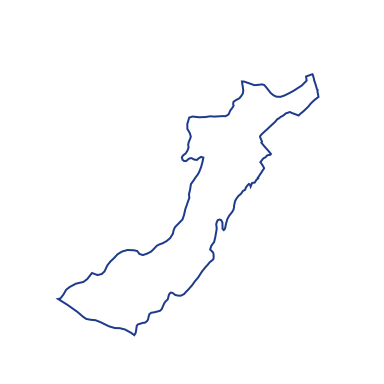 the district of Jayyl, Chuy, Kyrgyzstan, rotated 32°
{"feature_id": "92254566B24091049368111", "entity_name": "Jayyl", "entity_type": "district", "adm_level": 2, "iso_a3": "KGZ", "parent_name": "Kyrgyzstan", "parent_adm1": "Chuy", "projection": "orthographic", "projection_center": [73.886, 42.775], "detail": "fine", "context": "isolated", "style": "outline", "palette": "blue", "viewbox_px": 384, "rotation_deg": 32, "n_neighbors": 0, "source": "geoboundaries", "source_scale": "gbopen_adm2", "svg_char_len": 3436}
<svg xmlns="http://www.w3.org/2000/svg" viewBox="0 0 384 384"><g transform="rotate(32 192 192)"><path d="M218.9,344.0L218.9,341.4L217.9,338.9L216.1,334.9L216.2,333.1L218.0,331.0L219.6,329.1L221.4,327.7L222.3,325.2L222.3,323.4L221.4,321.1L220.6,318.2L221.4,316.0L223.0,314.7L225.5,312.2L227.8,309.7L228.4,307.5L227.9,304.2L227.5,301.4L227.5,299.2L228.3,295.9L227.8,294.2L226.8,291.2L227.1,288.8L228.0,288.2L229.6,287.9L232.5,288.2L235.4,287.1L237.5,285.8L239.4,282.7L239.8,279.9L240.6,276.5L241.6,270.2L241.7,266.8L242.5,261.3L242.6,254.1L243.3,248.2L243.8,245.9L244.3,241.9L245.3,239.4L245.7,237.5L244.9,235.8L243.3,233.4L241.9,232.1L237.8,231.1L236.9,227.4L237.1,224.2L237.3,222.8L235.5,217.5L234.2,214.4L232.7,210.6L231.3,208.5L229.7,206.7L229.0,204.6L228.7,202.4L230.0,200.7L231.7,200.4L234.0,201.8L235.3,203.8L237.5,207.1L239.1,207.5L239.4,206.4L239.0,204.3L238.2,202.4L237.6,200.6L236.7,197.6L236.3,196.1L236.1,192.3L236.6,188.1L236.6,185.3L235.8,182.8L234.8,181.0L234.3,179.5L233.3,176.6L233.2,174.2L233.5,170.5L234.4,168.1L234.6,166.1L234.6,164.2L235.8,162.1L235.8,161.4L235.3,159.6L235.6,156.8L236.0,155.0L237.2,154.9L237.7,155.3L238.8,156.3L238.2,152.4L240.2,150.8L240.2,147.5L240.9,145.4L240.2,145.0L240.4,144.0L240.4,141.2L240.5,139.0L240.5,135.8L240.6,133.7L240.3,133.4L237.2,131.7L234.2,130.5L234.6,126.1L235.0,125.1L235.9,123.7L236.4,121.0L238.7,118.9L238.8,117.9L235.2,116.7L229.4,115.0L224.7,113.4L224.7,112.2L220.8,109.5L220.2,108.7L220.4,106.4L221.3,103.1L222.0,100.6L222.6,98.7L223.3,95.8L224.1,92.9L225.3,88.4L225.6,86.0L225.9,84.6L226.5,84.0L227.5,81.1L228.5,79.6L229.3,77.6L230.0,75.4L230.9,74.5L232.6,72.3L234.6,72.1L241.9,70.6L242.4,68.4L243.4,65.5L244.1,63.1L245.4,57.9L245.8,54.2L247.1,49.1L247.8,47.2L248.9,44.4L247.4,42.7L246.0,41.2L245.1,40.3L244.6,39.0L243.6,38.7L239.7,35.2L236.0,32.2L235.6,31.6L233.9,30.0L232.0,28.4L231.7,28.3L229.4,31.2L227.5,33.6L230.2,36.8L228.6,43.8L227.3,46.4L224.6,52.2L222.7,55.6L220.7,58.9L218.9,61.7L216.5,64.5L214.9,65.4L213.2,66.4L209.9,66.8L206.4,66.4L200.1,64.1L196.7,63.0L194.4,63.6L192.6,65.1L188.2,68.4L184.7,69.1L177.5,70.8L175.8,71.8L181.7,78.7L182.9,81.5L182.9,84.4L182.5,87.5L180.5,90.9L179.4,93.5L180.3,95.7L181.5,96.6L181.6,98.9L181.3,102.8L181.9,106.9L180.3,109.9L177.2,111.8L171.3,116.0L167.1,118.3L163.7,121.3L158.5,124.8L152.5,127.7L150.2,130.4L151.1,133.6L152.0,136.9L154.7,141.0L157.6,142.5L159.0,143.3L161.6,145.6L162.3,148.1L162.7,151.2L163.7,153.9L165.5,156.1L166.2,159.2L166.2,162.7L165.1,165.5L165.0,168.0L166.9,169.7L168.9,169.9L170.6,168.9L171.3,166.7L172.0,164.9L173.7,163.5L176.4,163.4L179.2,162.2L179.7,160.2L181.1,157.4L183.4,156.8L184.7,160.1L186.5,166.0L187.5,171.5L187.6,174.3L187.3,177.6L187.2,181.9L186.9,185.9L189.0,190.7L190.7,195.7L192.9,198.4L193.6,202.2L194.5,205.7L195.4,210.0L197.5,216.0L198.5,220.4L197.8,223.5L196.7,228.6L196.2,231.1L196.7,234.2L197.9,237.5L197.9,242.6L196.5,247.0L194.3,251.0L192.3,253.5L190.7,256.1L189.7,261.0L188.8,264.4L186.7,267.9L183.8,271.5L180.2,272.4L176.9,271.1L173.8,272.1L168.0,275.4L164.2,279.6L161.9,284.2L160.8,289.8L159.6,294.3L159.1,299.1L159.9,305.7L158.9,309.4L155.9,312.5L150.1,313.7L149.3,321.4L147.5,325.9L142.1,331.3L138.6,337.4L137.1,341.5L137.3,347.3L136.8,352.0L135.1,353.7L146.2,353.7L158.4,354.4L165.5,355.5L169.4,355.7L173.7,354.1L178.0,351.9L183.2,350.9L192.8,349.9L198.8,348.2L202.8,345.8L208.1,344.1L214.9,343.7L218.9,344.0Z" fill="none" stroke="#1e3a8a" stroke-width="2"/></g></svg>